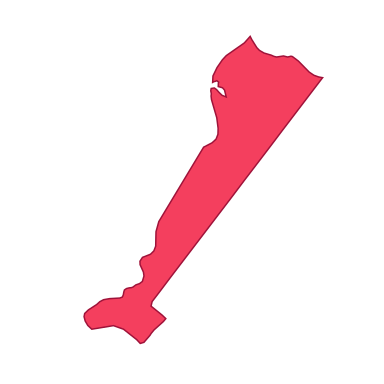 North Bank, Equal Earth projection, rotated 127°
{"feature_id": "GMB-5513", "entity_name": "North Bank", "entity_type": "Division", "adm_level": 1, "iso_a3": "GMB", "parent_name": "Gambia", "parent_adm1": "", "projection": "equal_earth", "projection_center": [-15.943, 13.489], "detail": "fine", "context": "isolated", "style": "filled", "palette": "rose", "viewbox_px": 384, "rotation_deg": 127, "n_neighbors": 0, "source": "natural_earth", "source_scale": "10m", "svg_char_len": 1449}
<svg xmlns="http://www.w3.org/2000/svg" viewBox="0 0 384 384"><g transform="rotate(127 192 192)"><path d="M303.5,157.9L307.8,156.0L308.3,141.6L308.9,136.7L312.7,136.9L324.9,139.3L329.6,139.5L331.6,139.3L341.0,139.9L344.1,142.2L343.2,147.3L342.8,164.1L346.0,174.3L361.9,189.5L361.3,194.9L359.3,199.7L356.5,203.2L353.6,204.6L348.5,203.8L339.2,200.4L335.0,199.6L331.2,197.8L326.7,193.6L320.2,185.9L317.8,184.4L315.4,185.0L313.1,186.2L310.9,187.0L308.5,186.2L306.4,184.5L304.8,182.8L303.6,182.0L299.9,180.9L296.8,178.8L293.3,177.8L288.0,179.8L285.2,182.6L281.3,189.7L278.6,191.9L274.0,192.2L266.7,187.7L262.0,187.0L257.1,188.4L245.3,196.9L235.6,200.7L149.2,209.7L140.7,205.6L135.3,204.6L130.3,206.0L125.4,209.5L117.8,216.9L106.5,232.0L103.9,234.5L101.9,235.7L99.9,237.9L97.8,239.0L95.5,236.8L95.4,234.1L96.2,230.3L96.7,226.1L95.5,221.9L91.0,227.4L90.4,230.4L92.0,234.5L89.3,236.4L88.2,236.8L88.2,239.2L89.4,239.8L90.7,240.9L92.0,241.5L86.7,245.1L77.5,246.9L68.1,247.3L62.4,246.7L41.4,239.9L32.7,239.2L34.3,236.0L37.7,227.1L38.3,223.3L37.7,218.2L35.0,211.0L34.4,208.3L33.3,205.7L28.3,200.8L26.6,196.8L24.0,194.7L23.4,193.3L23.4,185.9L25.7,170.6L25.4,164.9L23.9,160.1L22.1,156.5L39.0,156.6L55.8,156.7L72.5,156.8L89.3,156.9L106.0,156.9L122.8,157.0L139.5,157.1L150.5,157.2L156.3,157.2L173.0,157.2L189.8,157.3L206.5,157.4L223.3,157.5L240.1,157.6L256.8,157.7L273.6,157.8L290.3,157.8L303.5,157.9Z" fill="#f43f5e" stroke="#9f1239" stroke-width="1.5"/></g></svg>